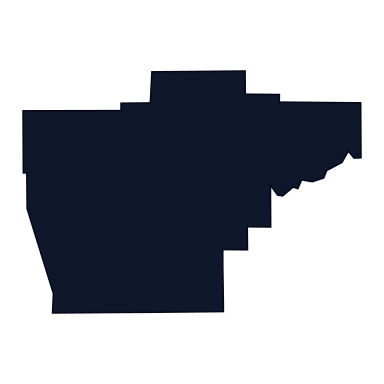 outline of Sangamon, Illinois, United States of America
{"feature_id": "52423323B88082099567325", "entity_name": "Sangamon", "entity_type": "district", "adm_level": 2, "iso_a3": "USA", "parent_name": "United States of America", "parent_adm1": "Illinois", "projection": "robinson", "projection_center": [-89.552, 39.749], "detail": "fine", "context": "isolated", "style": "filled", "palette": "ink", "viewbox_px": 384, "rotation_deg": 0, "n_neighbors": 0, "source": "geoboundaries", "source_scale": "gbopen_adm2", "svg_char_len": 634}
<svg xmlns="http://www.w3.org/2000/svg" viewBox="0 0 384 384"><path d="M204.0,71.4L151.9,71.8L150.3,102.9L121.0,103.2L121.0,110.6L23.0,110.8L23.1,126.3L23.3,172.9L26.8,172.9L27.1,208.7L33.1,228.1L53.4,293.6L52.5,313.0L101.7,312.6L150.3,312.3L223.4,311.6L223.4,303.9L222.8,265.0L222.8,249.6L247.5,249.8L247.3,226.8L270.7,227.0L270.5,192.9L270.6,185.3L277.5,195.1L282.7,195.9L293.0,187.1L297.9,188.6L301.6,179.9L312.4,181.7L323.7,178.0L326.7,170.5L342.0,162.4L348.3,151.2L354.0,158.1L361.0,157.8L360.9,136.9L360.7,102.8L279.3,102.1L279.4,94.5L245.3,94.2L245.1,71.0L204.0,71.4Z" fill="#0f172a" stroke="#020617" stroke-width="1.5"/></svg>